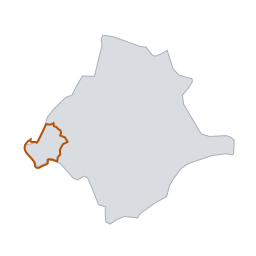 Leposavić on a map of Kosovo (Albers equal-area conic projection), rotated 265°
{"feature_id": "KOS-5893", "entity_name": "Leposavić", "entity_type": "District", "adm_level": 1, "iso_a3": "XKX", "parent_name": "Kosovo", "parent_adm1": "", "projection": "albers", "projection_center": [20.786, 43.117], "detail": "fine", "context": "in_parent", "style": "outline", "palette": "amber", "viewbox_px": 256, "rotation_deg": 265, "n_neighbors": 0, "source": "natural_earth", "source_scale": "10m", "svg_char_len": 1607}
<svg xmlns="http://www.w3.org/2000/svg" viewBox="0 0 256 256"><g transform="rotate(265 128 128)"><path d="M68.3,87.8L81.9,83.4L83.8,80.3L80.8,73.5L82.6,69.2L98.8,57.2L101.5,51.7L102.5,47.4L100.3,42.9L97.3,35.7L98.8,32.7L107.2,28.6L114.0,23.8L118.0,23.5L120.5,26.9L120.6,30.5L122.8,36.5L127.8,39.7L136.2,45.0L145.9,48.6L153.5,55.8L164.0,68.7L165.6,75.1L175.0,80.8L183.8,87.1L182.5,99.1L212.3,109.2L219.0,109.1L222.2,110.8L222.2,113.6L219.9,121.9L207.9,147.7L207.0,153.0L198.3,158.7L197.1,161.9L199.6,168.9L202.0,173.9L201.8,173.8L183.0,178.1L176.6,183.0L172.9,191.6L171.7,196.0L168.4,196.1L162.8,191.8L155.8,185.0L146.6,185.6L115.6,200.5L112.5,208.4L111.8,225.3L109.7,229.9L106.4,232.8L93.5,231.0L92.1,229.8L93.8,223.3L93.2,209.1L87.4,185.5L83.3,177.8L74.9,170.1L68.3,165.0L56.5,160.5L50.5,147.5L41.6,132.7L37.3,129.3L38.0,127.9L40.2,116.8L37.7,108.7L33.8,101.8L36.5,97.7L44.8,97.8L51.6,98.6L54.1,92.0L68.3,87.8Z" fill="#d9dde1" stroke="#a8b0b8" stroke-width="1"/><path d="M117.4,23.2L119.0,23.7L120.1,24.0L122.1,25.7L123.2,26.9L123.9,27.9L125.0,30.0L124.6,29.9L123.5,29.6L122.3,30.8L122.4,31.5L122.2,33.7L121.9,35.6L121.4,35.7L122.2,36.9L130.2,41.7L139.0,46.8L138.3,49.5L138.3,52.3L139.3,54.2L136.2,54.4L135.3,56.7L132.8,58.6L131.5,60.5L128.9,60.9L126.4,59.8L124.2,64.3L119.5,66.6L118.6,64.7L117.8,62.1L115.3,60.1L111.9,58.2L107.5,58.2L105.2,55.6L101.0,54.5L103.3,49.6L103.8,46.0L103.0,45.1L101.9,45.0L100.7,45.1L99.7,44.9L99.1,43.9L98.5,42.5L97.6,39.2L96.3,36.4L96.0,34.8L96.7,32.8L97.6,32.2L101.1,32.1L103.5,31.1L112.0,24.7L114.7,23.5L117.4,23.2Z" fill="none" stroke="#b45309" stroke-width="2"/></g></svg>